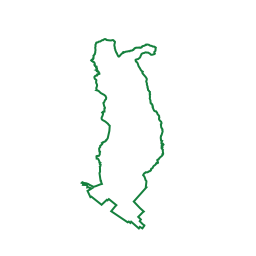 Tarlungeni, Brasov, Romania, rotated 229°
{"feature_id": "2599482B11414107906146", "entity_name": "Tarlungeni", "entity_type": "district", "adm_level": 2, "iso_a3": "ROU", "parent_name": "Romania", "parent_adm1": "Brasov", "projection": "orthographic", "projection_center": [25.868, 45.603], "detail": "fine", "context": "isolated", "style": "outline", "palette": "green", "viewbox_px": 256, "rotation_deg": 229, "n_neighbors": 0, "source": "geoboundaries", "source_scale": "gbopen_adm2", "svg_char_len": 5943}
<svg xmlns="http://www.w3.org/2000/svg" viewBox="0 0 256 256"><g transform="rotate(229 128 128)"><path d="M177.3,128.9L175.4,130.1L172.2,130.4L168.5,131.8L166.8,132.0L165.1,131.4L164.2,130.3L164.2,129.3L163.7,128.0L163.3,127.4L163.1,126.7L163.0,125.8L162.5,125.7L161.6,125.1L159.7,124.2L158.4,123.9L158.1,123.5L158.1,122.9L155.8,121.0L156.0,120.6L156.4,120.6L156.7,119.8L156.6,118.6L155.3,118.7L154.8,118.2L153.8,116.5L153.2,115.0L152.5,114.3L151.6,113.9L150.5,114.1L147.8,115.1L144.1,115.7L143.6,115.5L141.7,115.7L138.0,112.0L133.6,106.0L133.0,103.8L133.2,103.6L132.9,103.2L132.8,102.6L132.9,102.4L132.9,101.6L133.2,101.3L133.3,100.9L133.2,100.6L133.3,100.2L133.7,99.8L133.7,99.5L133.5,99.2L133.8,98.9L133.8,98.7L133.5,98.8L132.8,98.0L132.7,96.6L132.8,95.3L131.9,94.6L131.8,93.7L131.3,92.6L129.2,91.1L128.5,91.4L128.3,91.3L128.2,90.7L126.7,89.5L126.1,88.1L126.1,87.7L127.2,86.3L127.4,85.8L127.1,85.4L125.5,84.3L125.3,84.6L124.6,85.1L123.8,85.1L121.0,84.3L120.9,84.0L120.4,84.1L120.5,83.9L119.2,83.0L118.3,83.3L117.4,82.2L117.4,81.4L116.8,81.1L113.3,78.2L112.7,76.9L106.2,72.7L105.9,73.0L104.4,72.1L102.9,71.6L103.7,69.9L105.2,65.6L106.2,63.4L110.0,61.8L111.9,61.2L113.7,60.2L115.4,58.7L117.0,58.0L116.9,57.1L115.3,57.9L114.6,56.7L112.1,59.4L110.4,59.0L109.9,58.3L109.3,59.2L107.9,59.8L106.2,61.0L106.4,59.6L107.1,56.2L100.5,54.3L100.3,55.3L87.4,57.7L87.7,64.9L86.8,65.1L86.9,66.9L77.4,68.6L77.2,66.6L76.2,60.7L57.0,65.9L56.9,67.2L54.8,67.5L55.2,68.9L45.1,70.3L45.6,72.1L42.8,73.0L43.6,76.4L43.7,76.5L45.6,76.0L50.0,75.7L50.5,77.7L54.2,77.4L54.7,83.7L54.6,85.1L59.6,84.5L68.7,84.1L71.1,102.6L71.4,102.3L75.5,106.8L76.0,107.1L77.3,107.1L78.7,107.8L80.7,108.5L82.5,108.5L83.0,109.9L83.1,110.8L82.9,111.4L83.0,112.0L83.0,112.3L81.9,113.4L81.6,114.3L81.7,114.9L81.1,116.1L81.2,116.4L81.2,116.9L81.0,117.1L81.1,117.7L81.8,118.3L82.0,118.9L81.7,119.6L81.7,120.4L82.3,121.7L82.5,122.5L82.3,124.2L82.4,125.3L82.8,125.9L82.9,126.6L82.8,126.9L82.3,127.0L82.0,127.3L82.0,127.6L82.2,128.0L84.6,129.0L84.7,129.6L84.2,130.4L84.3,130.8L84.6,131.4L84.8,133.5L84.7,134.8L84.8,136.1L85.0,136.6L85.7,136.7L85.8,136.9L85.9,137.3L85.6,137.7L85.8,137.9L88.1,139.3L88.5,140.0L90.4,140.0L90.8,140.1L91.4,140.7L91.5,141.1L90.8,141.4L90.9,141.6L92.4,141.6L92.5,142.2L92.9,142.7L92.1,143.5L92.2,143.9L93.4,144.0L93.7,143.8L93.6,143.1L94.3,143.0L95.5,144.1L95.5,144.6L95.8,145.2L96.3,144.8L96.9,144.8L97.5,145.1L97.7,145.5L98.5,145.8L99.7,146.8L99.9,147.3L100.4,147.7L100.6,148.6L102.6,151.8L103.1,152.2L104.0,152.5L104.0,152.8L104.3,153.1L105.4,153.4L106.0,153.3L106.9,153.6L108.1,154.5L108.5,154.7L108.9,155.2L109.3,155.3L109.5,156.3L110.2,156.8L111.0,157.1L112.9,156.9L114.3,157.2L114.7,157.5L115.2,158.4L115.7,158.5L116.5,159.3L117.6,159.5L118.6,159.3L119.0,159.5L119.6,159.5L120.6,160.1L121.8,159.9L122.1,160.1L123.1,159.3L124.0,159.1L126.1,159.7L126.6,160.0L127.1,160.0L127.4,160.4L127.7,160.4L127.7,160.7L129.0,161.4L129.3,161.3L129.9,161.7L130.6,161.7L130.9,161.4L131.6,161.6L132.2,161.5L132.6,162.0L133.1,162.2L134.0,163.0L136.1,163.8L136.8,164.8L138.7,166.2L138.8,166.5L139.2,166.6L139.2,166.9L139.7,167.0L140.8,168.2L141.7,168.0L142.2,168.2L143.6,168.1L144.5,168.8L145.0,168.9L145.2,169.2L146.0,169.4L146.3,169.9L148.4,170.7L149.0,171.4L151.2,172.3L151.8,173.2L151.9,173.5L152.6,174.3L153.0,174.5L155.0,174.8L159.1,174.8L160.3,175.0L160.8,176.1L161.3,175.9L162.4,175.7L163.7,175.8L165.2,176.2L167.6,176.5L170.4,177.7L171.3,177.9L171.9,177.9L173.0,177.6L174.4,178.3L174.5,178.6L174.2,179.0L174.0,179.8L173.4,180.8L173.3,182.9L173.5,183.8L174.3,185.2L174.6,186.1L174.9,186.6L175.0,187.0L174.7,188.2L173.9,189.7L173.7,190.7L173.1,191.3L172.5,191.7L171.8,192.6L169.8,193.3L168.3,193.4L167.8,193.8L167.2,194.7L166.4,196.6L166.6,197.1L167.5,197.2L168.1,197.7L168.2,198.3L168.2,199.2L168.6,199.8L169.5,200.5L169.6,200.8L170.1,201.1L170.4,201.7L171.1,201.6L171.9,201.2L172.4,201.1L173.1,200.2L174.5,199.7L175.5,198.8L176.5,198.4L177.0,198.4L178.3,197.4L178.8,196.7L179.1,196.4L179.2,196.1L178.9,195.8L179.2,195.3L179.3,194.5L179.9,193.2L180.1,193.0L180.3,192.2L180.2,191.6L179.9,191.3L180.2,190.3L180.7,190.0L180.7,189.6L181.5,189.2L181.8,188.5L183.1,187.1L183.2,186.7L183.5,186.4L183.5,186.1L183.8,185.5L183.8,185.0L183.6,184.8L183.7,183.9L183.4,183.3L183.5,183.0L183.8,182.6L183.8,181.8L184.8,180.5L184.9,180.1L184.8,179.6L185.7,178.7L186.1,177.8L187.0,176.5L187.5,175.0L188.4,174.3L188.4,174.0L187.8,173.6L187.9,173.3L188.2,172.9L188.1,170.5L187.8,169.0L188.0,168.5L187.8,168.2L187.9,167.9L188.4,167.7L190.3,168.1L192.0,168.7L192.5,168.6L193.8,169.1L194.9,169.4L195.4,169.8L197.0,170.4L197.5,171.0L199.1,171.7L200.1,172.7L200.9,173.9L201.6,174.7L202.3,174.7L202.7,174.5L203.8,174.6L204.5,174.0L205.2,172.6L206.4,171.4L208.4,169.6L209.0,169.4L209.6,169.5L210.3,168.9L210.7,167.6L210.7,166.7L211.1,166.3L211.3,165.8L211.5,163.8L212.1,163.0L212.4,162.4L212.4,161.5L212.6,161.1L213.2,160.3L213.2,160.0L212.6,159.1L212.3,158.2L211.8,157.8L211.6,157.5L211.0,157.2L210.2,156.0L208.1,154.6L206.8,153.0L206.3,152.7L205.8,151.5L205.4,151.2L205.5,150.7L205.2,149.8L205.2,149.3L204.3,148.8L203.9,148.0L203.4,147.9L203.0,147.3L202.9,147.0L203.1,146.7L202.9,146.5L202.9,146.0L203.3,145.4L203.2,144.6L202.3,144.6L201.4,145.1L200.9,145.0L200.2,145.5L199.0,145.4L197.8,144.8L197.4,144.3L197.5,144.0L196.4,143.8L195.1,144.5L195.0,144.3L194.7,144.2L194.9,143.8L194.7,143.6L194.1,143.7L193.8,143.4L193.4,143.6L193.1,143.5L192.9,142.9L193.0,142.6L192.8,142.4L192.2,142.6L192.1,142.4L192.2,142.2L191.8,142.4L191.8,142.1L191.4,141.8L191.1,142.0L190.8,142.3L190.5,142.1L189.9,142.5L189.8,142.3L189.4,142.2L188.4,142.4L187.8,142.1L187.6,141.9L188.7,140.0L188.6,139.6L188.0,139.6L187.9,139.4L188.4,139.1L188.4,138.9L188.3,138.4L188.5,138.2L188.8,137.2L188.5,136.0L187.1,135.3L186.4,135.3L185.4,135.6L184.8,135.5L183.6,134.0L182.5,133.4L181.4,133.2L180.4,132.6L179.5,131.4L179.3,130.7L178.5,129.9L177.5,129.6L177.3,129.3L177.3,128.9Z" fill="none" stroke="#15803d" stroke-width="2"/></g></svg>